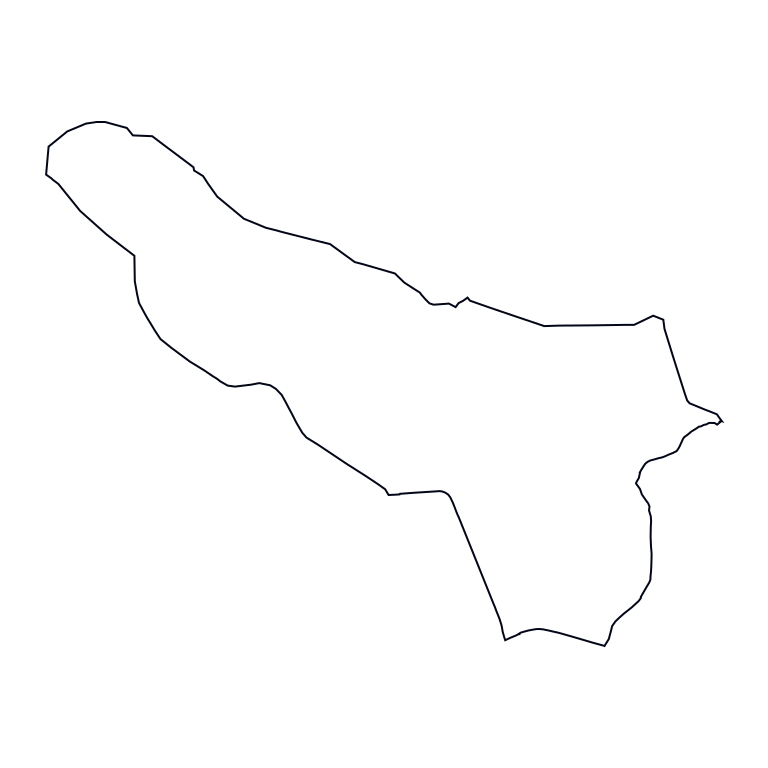 the district of Ifako/Ijaye, Lagos, Nigeria
{"feature_id": "59680162B46296414727789", "entity_name": "Ifako/Ijaye", "entity_type": "district", "adm_level": 2, "iso_a3": "NGA", "parent_name": "Nigeria", "parent_adm1": "Lagos", "projection": "orthographic", "projection_center": [3.317, 6.663], "detail": "fine", "context": "isolated", "style": "outline", "palette": "ink", "viewbox_px": 768, "rotation_deg": 0, "n_neighbors": 0, "source": "geoboundaries", "source_scale": "gbopen_adm2", "svg_char_len": 2899}
<svg xmlns="http://www.w3.org/2000/svg" viewBox="0 0 768 768"><path d="M46.1,174.6L51.7,178.6L52.6,179.6L58.3,183.9L77.3,207.4L80.1,210.9L106.7,234.6L134.4,255.8L134.8,281.3L137.1,294.2L139.0,302.9L144.1,312.4L147.4,318.3L151.7,325.3L155.0,330.8L160.5,339.1L171.7,348.1L189.9,361.6L204.1,370.3L212.8,376.2L217.2,378.9L220.2,381.3L227.7,385.6L235.0,386.6L249.2,384.9L250.9,384.7L259.3,383.1L270.2,385.3L275.9,388.9L281.7,394.9L286.1,402.9L288.8,408.1L291.5,413.1L296.5,422.9L302.3,432.8L306.5,437.6L318.3,444.9L332.5,454.4L346.1,463.5L365.7,476.0L378.2,484.3L385.2,489.3L388.6,495.0L395.1,494.7L399.6,494.4L400.0,493.8L402.9,493.6L413.6,492.8L432.4,491.6L439.6,491.1L442.3,491.5L445.4,492.7L448.2,494.6L450.2,497.2L452.7,502.4L454.7,507.4L456.2,511.4L457.5,514.6L459.0,517.9L474.4,556.2L493.6,604.0L495.0,607.3L496.3,610.9L499.3,618.3L500.5,622.0L501.6,625.6L502.7,631.8L504.0,636.4L505.2,640.2L510.8,637.6L515.5,635.7L517.9,634.5L518.6,633.9L519.5,634.1L519.7,633.4L520.1,633.0L520.3,632.8L522.9,632.0L526.1,631.1L528.8,630.4L532.6,629.7L536.2,629.1L539.3,629.0L542.7,629.3L548.2,630.4L553.3,631.6L558.7,632.8L571.4,636.4L581.3,639.3L584.4,640.2L592.1,642.5L604.1,645.8L604.5,646.0L605.3,644.7L607.1,641.8L608.8,639.0L610.5,632.7L612.2,626.0L615.5,621.3L619.4,617.6L624.0,613.5L631.5,607.6L638.7,601.0L640.9,598.0L640.8,597.0L645.1,589.5L646.9,586.4L649.2,582.6L650.4,579.6L650.5,576.3L651.0,571.9L651.3,565.9L651.5,559.6L651.6,553.8L651.1,547.4L651.0,546.5L650.6,536.7L650.8,526.3L651.1,521.3L650.8,516.4L649.4,511.7L649.0,510.5L649.5,506.6L648.2,503.3L646.9,501.7L641.9,494.5L640.0,489.0L636.0,483.5L636.7,481.6L638.8,478.1L640.1,472.4L639.9,472.3L641.7,469.2L643.6,466.2L645.3,463.7L647.5,461.9L650.2,460.5L654.8,459.3L658.5,458.2L662.1,457.4L664.8,456.4L668.5,454.7L672.8,453.0L676.6,451.1L678.2,448.9L679.6,446.4L683.1,438.7L684.5,436.9L686.7,435.4L689.3,433.3L691.4,431.5L695.4,429.1L698.9,426.7L701.1,426.3L703.0,425.3L704.4,424.7L706.2,424.5L709.0,422.9L714.6,423.0L717.1,424.6L720.8,421.6L720.2,421.3L720.8,420.9L721.9,421.2L719.4,417.9L716.9,414.3L709.9,411.5L704.9,409.6L689.6,403.3L687.2,400.5L685.1,394.5L673.9,359.3L664.5,328.9L663.3,319.7L653.2,315.7L634.0,324.9L623.4,324.9L602.8,325.2L587.7,325.4L559.7,325.6L543.9,326.1L543.7,325.9L521.2,318.3L512.9,315.5L502.3,311.9L490.0,307.7L470.0,300.7L467.5,297.6L463.1,300.8L458.6,303.1L455.6,307.1L448.9,303.6L433.6,304.7L429.4,303.3L425.3,299.2L421.4,294.7L419.9,292.6L414.5,289.2L404.3,282.6L398.2,276.7L395.0,273.5L361.5,263.8L354.8,262.1L343.5,253.9L332.8,246.1L330.1,244.1L311.9,239.6L282.1,232.0L281.3,231.8L276.8,230.5L266.0,227.8L264.5,227.2L243.8,218.7L242.1,217.2L240.5,215.9L217.2,196.6L208.1,183.8L203.1,176.1L194.1,170.5L193.5,167.3L186.1,161.7L162.9,144.3L152.2,136.2L132.9,135.4L126.9,128.0L105.1,122.0L96.5,122.0L85.9,123.6L84.3,124.3L67.3,131.4L48.6,146.6L46.1,174.6Z" fill="none" stroke="#020617" stroke-width="2"/></svg>